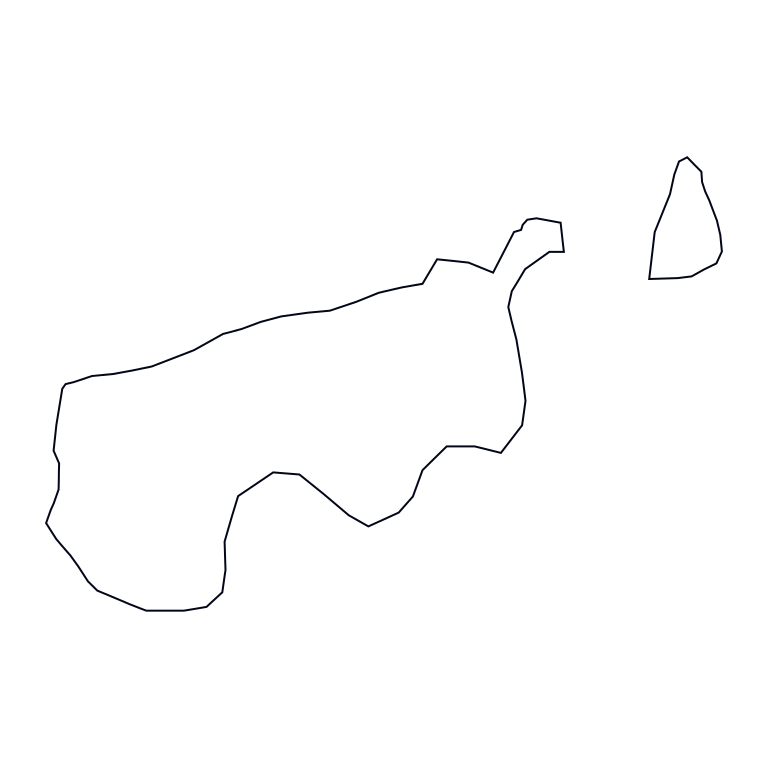 Patani, Delta, Nigeria (Natural Earth projection)
{"feature_id": "59680162B21067903036313", "entity_name": "Patani", "entity_type": "district", "adm_level": 2, "iso_a3": "NGA", "parent_name": "Nigeria", "parent_adm1": "Delta", "projection": "natural_earth1", "projection_center": [6.134, 5.186], "detail": "fine", "context": "isolated", "style": "outline", "palette": "ink", "viewbox_px": 768, "rotation_deg": 0, "n_neighbors": 0, "source": "geoboundaries", "source_scale": "gbopen_adm2", "svg_char_len": 1475}
<svg xmlns="http://www.w3.org/2000/svg" viewBox="0 0 768 768"><path d="M46.1,523.1L52.7,533.5L56.3,539.1L62.3,546.2L70.5,555.6L78.4,566.6L87.9,581.3L97.3,590.6L116.9,598.8L129.6,604.2L143.2,609.5L146.4,610.7L183.7,610.7L197.7,608.4L206.5,606.9L222.3,592.3L225.1,572.6L225.5,570.3L224.6,541.6L232.0,516.1L238.1,496.1L273.2,472.4L299.4,474.5L323.6,494.0L348.8,515.3L365.9,525.0L368.4,526.4L398.7,512.6L403.9,506.7L412.9,496.5L422.5,470.2L433.5,459.3L446.7,446.4L474.7,446.4L486.1,449.2L500.9,452.9L522.1,425.3L525.5,400.9L524.4,391.8L522.0,372.9L521.9,372.2L520.3,362.7L516.4,339.5L511.6,321.1L508.3,307.1L511.8,291.2L516.6,283.4L525.1,269.2L525.6,268.8L549.3,251.9L563.9,251.9L563.1,245.2L560.6,222.7L558.2,222.3L548.5,220.5L536.5,218.3L527.3,219.7L522.7,224.8L521.1,229.9L514.0,232.0L505.9,247.8L493.1,272.6L480.3,267.4L468.5,262.6L455.7,261.2L437.1,259.3L422.5,283.8L401.9,287.4L383.3,291.7L378.4,292.9L356.3,301.8L329.8,310.7L307.8,312.7L281.3,316.4L260.7,321.9L241.6,329.0L225.6,333.3L223.1,333.9L193.9,350.2L151.7,366.5L131.8,370.6L113.1,374.0L92.0,376.0L73.8,382.1L65.6,384.1L62.3,388.7L56.4,424.7L53.6,450.7L59.1,463.4L58.9,472.1L58.8,480.8L58.6,489.5L53.8,503.2L50.7,510.1L46.1,523.1ZM701.4,171.8L694.3,164.6L687.2,157.3L679.0,161.5L674.3,174.6L670.0,194.2L654.7,232.1L649.2,279.0L677.7,278.1L691.6,276.4L704.0,269.5L716.4,263.4L721.9,251.5L720.3,235.0L717.0,220.8L709.2,200.2L705.2,191.5L702.1,182.1L701.4,171.8Z" fill="none" stroke="#020617" stroke-width="2"/></svg>